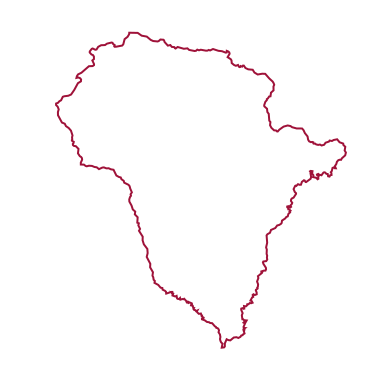 outline of Abejorral, Antioquia, Colombia, rotated 98°
{"feature_id": "7082276B70847845969134", "entity_name": "Abejorral", "entity_type": "district", "adm_level": 2, "iso_a3": "COL", "parent_name": "Colombia", "parent_adm1": "Antioquia", "projection": "mercator", "projection_center": [-75.413, 5.805], "detail": "fine", "context": "isolated", "style": "outline", "palette": "rose", "viewbox_px": 384, "rotation_deg": 98, "n_neighbors": 0, "source": "geoboundaries", "source_scale": "gbopen_adm2", "svg_char_len": 5934}
<svg xmlns="http://www.w3.org/2000/svg" viewBox="0 0 384 384"><g transform="rotate(98 192 192)"><path d="M43.0,276.3L44.5,276.2L47.3,277.4L50.0,280.0L55.3,280.6L56.7,281.5L58.7,287.4L58.9,288.9L58.5,289.3L57.3,289.0L56.4,290.7L55.3,291.5L55.2,292.5L56.9,296.8L58.6,298.6L59.3,302.4L61.3,305.1L64.2,306.4L64.6,307.6L63.7,310.3L64.2,311.2L67.0,312.8L68.1,312.7L69.8,310.7L70.2,309.1L71.5,308.0L74.0,307.6L75.6,309.0L79.0,306.8L80.0,306.7L81.1,307.9L81.8,311.6L89.3,318.1L91.4,321.2L93.3,322.1L95.1,322.3L94.4,320.5L94.9,318.6L96.0,317.5L97.9,317.4L100.1,320.1L107.3,322.8L112.3,325.3L113.9,327.9L115.0,331.9L115.7,333.2L119.4,334.4L120.6,336.0L122.3,337.1L123.3,338.9L124.8,338.7L126.2,336.9L128.7,335.5L131.5,335.9L134.6,335.4L141.3,330.5L142.1,327.5L144.3,326.0L145.8,323.0L148.1,320.4L152.6,318.2L154.5,318.4L156.6,317.9L157.4,318.2L158.1,317.8L158.7,316.1L159.9,316.1L161.0,316.7L162.1,316.4L162.8,315.3L162.8,313.4L165.1,310.4L169.6,310.3L172.1,308.1L172.8,306.6L173.8,305.7L175.3,305.3L178.4,306.2L180.3,305.9L179.9,302.9L181.0,301.0L181.2,299.8L180.3,297.7L180.1,294.7L180.8,292.0L180.8,289.8L182.3,287.3L180.3,284.2L179.9,282.7L180.5,280.1L180.1,277.8L180.8,275.6L180.9,272.8L186.2,269.2L187.3,266.4L187.5,264.6L189.2,263.6L190.4,261.2L192.2,260.4L193.7,255.9L194.9,254.6L197.3,253.6L200.7,251.5L202.8,252.5L204.2,251.9L205.7,252.7L208.1,253.1L210.2,252.7L213.8,250.0L217.5,248.2L219.3,245.5L222.1,245.5L224.6,242.3L230.0,241.9L230.4,240.3L232.5,240.5L235.8,238.3L237.8,239.1L243.1,234.6L246.7,234.2L250.5,232.4L254.6,228.3L258.7,227.4L262.6,227.8L268.9,223.3L272.4,223.0L276.9,219.5L280.4,219.5L281.8,218.5L284.2,217.8L285.3,216.4L287.2,216.5L288.7,212.5L291.1,209.8L291.2,208.0L292.8,207.5L293.6,205.0L294.4,203.9L296.2,203.4L293.9,198.8L293.7,197.5L294.8,197.1L294.5,198.2L295.4,197.5L295.4,196.5L297.2,196.9L297.8,194.1L297.0,192.8L299.4,192.0L299.8,191.5L299.8,190.0L298.6,189.1L300.2,188.5L299.3,186.5L299.4,185.6L298.8,184.9L300.7,182.6L301.9,181.9L301.1,181.0L301.2,180.5L302.2,180.6L302.5,180.2L301.7,178.9L302.3,176.7L303.0,176.4L303.7,177.1L304.4,177.2L304.6,175.4L306.2,174.8L306.5,173.8L307.6,174.3L308.5,173.4L308.5,172.4L309.4,171.5L308.6,170.2L309.7,170.6L310.3,170.2L311.7,168.3L311.1,166.3L312.8,165.5L312.9,164.9L313.9,165.0L314.8,163.0L315.4,163.1L316.2,164.5L316.7,164.4L317.3,161.5L318.6,159.1L318.6,156.9L319.2,155.8L319.1,153.8L321.8,150.7L322.3,149.5L323.1,149.1L323.3,147.6L324.3,146.5L325.3,146.0L327.2,146.2L329.2,144.5L331.6,143.7L333.7,143.8L335.3,143.2L336.9,142.2L337.9,140.7L342.0,140.9L341.4,138.6L340.4,138.0L337.4,138.4L333.0,137.2L333.6,135.4L333.6,133.4L330.3,130.4L329.6,127.8L330.1,125.8L328.7,123.9L327.2,123.2L326.8,122.0L326.0,121.7L324.8,120.3L321.8,121.7L321.8,121.0L320.6,120.9L320.1,121.5L319.3,120.6L319.3,121.8L318.5,122.2L314.1,121.0L314.5,122.1L314.2,122.8L313.5,122.3L313.1,120.6L311.6,120.0L311.7,122.7L310.9,123.6L311.0,124.4L307.1,125.5L304.9,125.0L301.8,126.9L300.6,127.0L300.0,125.8L300.5,124.8L300.2,124.0L297.7,124.6L297.8,122.8L296.7,121.8L295.4,121.6L295.4,120.6L293.9,119.3L293.9,117.9L293.2,116.6L291.7,117.7L291.4,119.0L288.1,117.8L287.4,116.8L285.5,117.6L284.7,116.9L285.3,115.5L284.3,113.7L282.5,114.0L280.6,115.1L280.0,115.1L278.5,113.6L277.6,114.1L276.8,113.6L274.2,113.7L271.6,115.1L268.0,114.3L266.2,115.0L262.3,111.4L261.3,111.2L261.5,112.2L261.0,112.3L259.8,109.7L259.6,108.3L258.2,107.9L256.7,108.3L253.2,111.3L251.7,112.0L250.9,111.7L250.1,108.9L248.4,108.1L246.5,108.7L244.6,108.7L242.9,109.5L238.6,109.9L236.6,110.9L231.8,110.5L224.6,112.1L223.3,111.4L221.5,109.1L218.6,108.5L216.1,104.5L213.3,103.0L212.5,101.1L211.2,99.5L210.2,98.9L207.8,98.9L205.2,96.0L203.7,95.2L202.8,93.8L200.3,93.5L198.6,92.1L198.0,92.7L196.8,91.8L195.9,93.0L195.8,94.2L194.8,94.4L193.8,95.6L193.1,95.7L192.6,94.5L193.7,92.6L192.9,91.8L191.7,92.7L190.2,91.6L188.8,91.2L187.1,92.8L185.6,92.8L184.6,92.3L183.4,90.6L179.4,88.7L178.7,88.8L177.7,90.2L175.0,91.8L171.6,90.7L171.3,90.4L171.5,89.6L169.5,88.1L169.9,86.6L169.6,85.1L166.7,84.6L164.8,82.8L164.9,82.1L166.3,80.9L166.3,80.4L162.4,76.4L160.6,76.1L156.9,77.3L156.0,77.2L155.1,78.0L154.6,77.4L154.6,75.6L157.1,75.6L158.5,74.1L160.4,74.1L160.6,71.1L161.9,69.4L161.3,68.7L159.7,69.1L158.1,68.6L158.0,70.4L157.3,70.7L156.5,69.5L157.1,68.6L157.4,66.1L154.6,64.6L154.1,63.9L154.2,62.8L155.3,61.5L155.3,60.1L157.5,59.4L157.6,58.0L156.1,57.4L155.7,56.2L153.8,56.6L153.1,57.3L151.8,56.5L148.6,56.2L147.9,55.0L148.6,54.1L148.5,52.9L146.5,54.1L144.2,53.0L141.9,52.7L140.1,51.5L139.4,50.0L139.4,48.9L137.7,48.2L134.4,45.4L131.5,45.1L129.7,46.6L125.9,46.5L124.4,48.6L123.0,49.0L122.2,52.8L119.6,55.6L120.8,59.0L122.0,60.5L121.9,62.9L123.0,63.4L124.6,66.6L126.8,67.7L127.9,70.1L127.2,71.9L127.8,73.6L127.6,75.7L126.9,76.9L127.2,78.0L127.0,78.6L125.9,78.8L125.7,79.9L126.1,81.3L125.5,83.1L124.0,84.3L120.9,85.3L118.0,88.4L115.3,90.1L113.8,91.8L114.5,97.3L113.9,101.9L113.0,103.6L112.8,106.5L114.5,110.4L118.1,114.2L120.1,115.5L120.2,116.2L119.4,117.2L119.5,119.3L117.4,122.3L115.0,124.0L111.8,124.1L110.6,125.4L103.9,126.9L102.3,128.5L99.1,129.3L97.1,132.3L96.0,132.6L92.4,131.9L90.7,130.7L89.6,130.8L88.8,129.9L86.7,128.9L86.3,127.6L82.6,127.6L80.0,125.4L76.2,126.0L74.4,125.5L72.9,126.3L71.4,127.5L68.8,131.3L64.8,135.9L65.1,138.9L66.5,143.3L65.0,146.8L62.5,148.9L62.7,153.4L61.8,156.3L59.6,158.3L59.7,159.1L60.9,159.8L60.5,161.3L61.5,161.7L61.7,162.3L61.4,163.0L59.8,164.1L60.9,166.1L60.4,168.0L58.8,170.6L56.2,171.2L55.1,172.1L53.5,175.5L49.9,174.0L48.6,174.5L47.8,175.6L47.4,177.2L49.0,177.1L49.3,178.0L48.4,181.9L48.5,185.5L47.5,191.1L49.3,193.8L49.0,195.2L49.8,196.3L50.1,197.8L49.9,203.1L50.7,204.8L50.3,206.6L51.6,207.7L52.0,209.0L51.7,214.6L50.4,216.5L51.3,220.0L50.4,226.4L52.2,228.2L52.0,228.9L51.0,229.6L51.1,232.2L49.5,233.9L50.4,236.3L47.3,240.0L45.7,240.8L45.2,241.5L45.4,244.5L47.0,245.8L47.7,246.9L47.9,251.5L47.1,254.1L44.4,258.4L44.2,263.6L42.0,267.9L43.0,276.3Z" fill="none" stroke="#9f1239" stroke-width="2"/></g></svg>